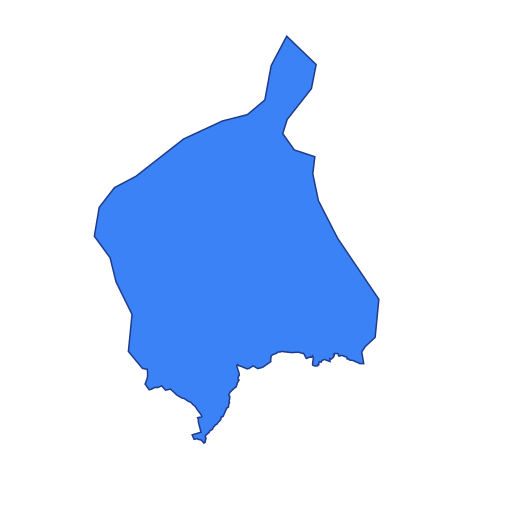 outline of Nooken, Jalal-Abad, Kyrgyzstan, rotated 321°
{"feature_id": "92254566B99299845350349", "entity_name": "Nooken", "entity_type": "district", "adm_level": 2, "iso_a3": "KGZ", "parent_name": "Kyrgyzstan", "parent_adm1": "Jalal-Abad", "projection": "equal_earth", "projection_center": [72.38, 41.192], "detail": "fine", "context": "isolated", "style": "filled", "palette": "blue", "viewbox_px": 512, "rotation_deg": 321, "n_neighbors": 0, "source": "geoboundaries", "source_scale": "gbopen_adm2", "svg_char_len": 3153}
<svg xmlns="http://www.w3.org/2000/svg" viewBox="0 0 512 512"><g transform="rotate(321 256 256)"><path d="M418.2,104.5L414.9,105.9L387.6,117.6L361.1,140.3L338.3,140.7L314.8,129.9L273.5,119.5L220.3,118.6L212.9,118.5L189.1,113.8L164.8,119.5L142.8,138.9L141.5,165.6L130.9,188.1L122.9,223.4L96.8,249.8L97.0,271.9L99.4,274.7L100.1,275.4L99.8,275.8L99.9,276.0L99.5,276.6L98.4,278.4L97.7,279.1L97.0,280.1L96.0,281.2L95.1,282.1L90.4,285.1L89.2,285.7L89.0,289.5L88.8,292.8L91.7,293.9L92.3,293.7L92.9,294.1L94.4,294.4L95.8,295.4L96.7,296.3L101.0,297.6L101.1,300.1L101.2,302.4L101.2,303.3L105.8,305.6L106.0,307.1L106.6,311.4L106.9,313.9L108.0,317.0L109.1,319.8L110.6,321.7L111.9,326.4L112.4,327.1L113.0,327.9L113.4,329.2L113.4,330.7L113.5,332.1L114.1,334.0L113.9,336.6L113.6,339.1L113.5,343.6L113.1,346.4L112.6,346.5L112.4,346.8L112.0,346.7L110.7,346.1L110.6,345.7L108.8,344.9L108.4,346.6L106.9,348.5L102.3,358.3L93.8,354.8L92.5,359.5L95.4,361.0L95.6,361.9L97.7,364.8L97.7,366.4L97.8,368.7L99.4,368.7L99.4,368.4L100.2,368.0L100.3,367.6L102.4,366.3L102.2,365.5L102.9,365.1L103.3,363.8L104.8,363.6L106.5,363.7L107.0,363.5L108.2,363.7L110.0,362.8L113.3,363.3L113.9,362.7L115.4,362.2L116.9,362.1L118.2,361.6L118.9,362.0L119.6,362.0L119.8,362.1L120.8,361.7L125.7,361.0L127.5,359.3L127.9,359.7L128.7,359.5L129.4,360.0L137.9,355.6L138.7,356.1L139.5,356.1L140.0,355.7L140.6,354.8L142.1,353.8L143.1,353.3L143.5,352.7L143.6,351.7L145.3,350.8L147.4,348.4L146.9,347.8L147.7,346.4L148.7,346.3L149.7,345.6L156.1,345.0L157.9,345.3L159.3,344.6L160.5,343.8L161.5,342.8L162.6,342.5L164.8,341.7L164.5,341.0L164.6,340.5L165.8,339.1L166.4,339.0L167.0,338.3L167.9,338.3L169.1,336.4L169.6,335.3L169.7,334.8L171.0,331.4L171.9,329.3L172.2,328.9L172.9,328.8L173.3,328.7L173.5,330.4L174.5,331.6L175.5,333.3L176.1,334.6L177.4,336.6L177.7,337.7L178.2,338.2L179.2,338.6L179.9,339.0L180.7,339.1L183.1,339.4L184.6,339.5L186.5,344.6L189.5,346.0L191.3,346.7L201.1,347.4L201.8,346.2L205.0,343.1L207.3,343.3L210.6,344.5L212.9,344.6L213.3,344.8L213.6,345.2L213.8,345.4L214.2,345.7L214.4,345.8L214.5,345.9L215.2,346.0L215.4,346.1L215.7,346.3L216.5,346.8L217.0,347.5L223.0,353.6L228.3,357.3L230.7,360.7L231.5,361.6L231.6,362.6L230.6,367.1L231.1,367.7L232.7,367.8L234.0,368.5L235.1,368.6L235.0,369.3L235.7,369.7L237.1,369.3L236.4,371.3L232.0,375.5L231.6,376.0L231.4,376.5L232.5,378.5L232.9,378.9L234.7,380.1L235.4,379.5L236.2,380.1L237.9,378.4L238.8,378.1L239.7,379.5L241.2,378.9L242.3,378.9L244.0,379.4L247.1,384.6L248.8,382.2L249.7,383.5L252.3,383.4L253.4,383.0L254.2,382.5L254.7,381.9L254.4,381.6L254.9,381.4L255.4,381.0L256.0,381.6L256.7,382.1L258.2,383.2L258.2,383.5L258.2,383.8L258.2,384.3L257.7,384.8L257.5,385.0L257.4,385.6L257.8,386.3L260.3,387.3L261.7,390.1L262.4,390.5L262.6,391.3L262.8,391.9L262.0,393.4L262.3,393.7L263.1,393.9L263.3,394.2L263.1,395.2L263.5,396.1L264.9,397.3L265.7,398.4L266.3,399.4L266.4,400.1L267.6,401.9L269.0,405.0L270.4,406.1L271.9,407.5L277.8,397.1L284.0,395.1L297.4,394.2L324.2,367.0L330.6,293.6L339.3,252.3L351.9,227.8L364.2,215.9L352.5,197.7L353.8,177.7L366.2,169.5L404.4,160.8L423.2,145.1L418.2,104.5Z" fill="#3b82f6" stroke="#1e3a8a" stroke-width="1.5"/></g></svg>